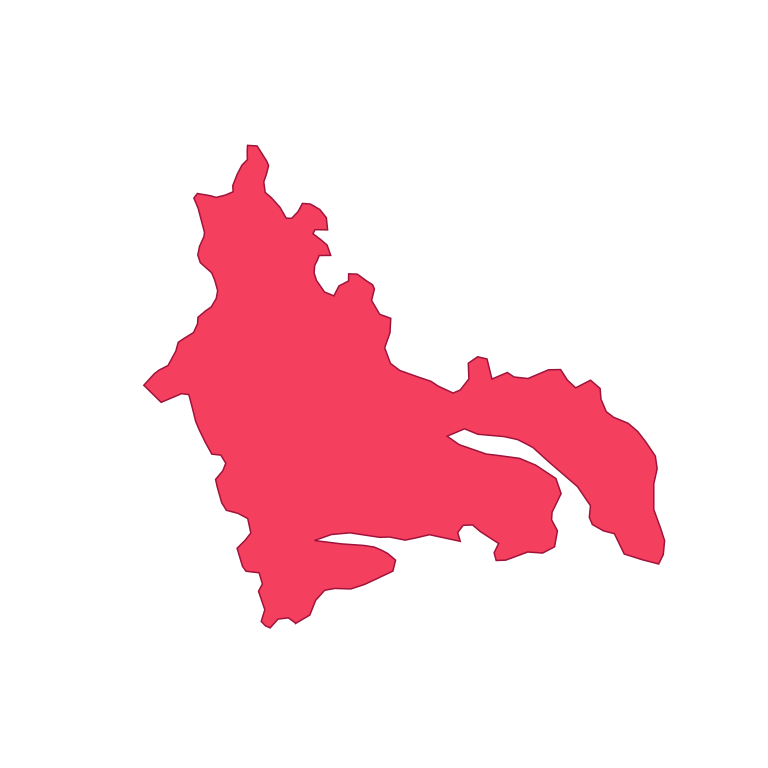 Haenam-gun, South Jeolla, South Korea (Natural Earth projection), rotated 157°
{"feature_id": "91817680B93885607227135", "entity_name": "Haenam-gun", "entity_type": "district", "adm_level": 2, "iso_a3": "KOR", "parent_name": "South Korea", "parent_adm1": "South Jeolla", "projection": "natural_earth1", "projection_center": [126.514, 34.528], "detail": "fine", "context": "isolated", "style": "filled", "palette": "rose", "viewbox_px": 768, "rotation_deg": 157, "n_neighbors": 0, "source": "geoboundaries", "source_scale": "gbopen_adm2", "svg_char_len": 2643}
<svg xmlns="http://www.w3.org/2000/svg" viewBox="0 0 768 768"><g transform="rotate(157 384 384)"><path d="M559.1,198.1L542.6,200.3L531.4,211.6L519.2,217.3L509.1,215.0L494.6,208.3L480.1,207.1L448.9,208.3L442.2,217.3L446.7,226.4L451.2,232.0L456.7,237.7L465.7,243.3L485.7,253.5L509.2,267.1L491.3,266.0L473.5,260.3L447.8,244.5L438.9,241.1L425.5,232.0L414.4,229.8L401.0,227.5L389.8,219.6L375.3,209.4L374.2,218.4L366.4,223.0L357.5,219.6L353.0,210.5L340.8,192.4L348.6,185.6L349.7,177.7L340.8,174.3L317.4,173.2L304.0,166.4L290.6,167.5L281.7,181.1L282.8,193.5L279.4,200.3L263.8,213.9L262.7,229.8L276.1,250.1L288.3,262.6L307.3,273.9L317.3,279.6L338.5,298.8L346.3,311.3L327.4,311.3L317.3,301.1L293.9,288.6L282.8,280.7L276.1,272.8L271.6,267.1L262.7,247.9L246.0,213.9L241.5,191.3L247.1,181.1L247.1,173.2L239.3,163.0L230.4,156.2L229.3,133.6L214.8,121.2L201.5,111.0L193.6,117.8L186.9,130.2L185.8,142.6L184.7,163.0L174.6,186.8L165.7,199.2L162.4,211.6L165.7,228.6L169.0,241.1L174.6,252.4L185.7,263.7L190.2,271.7L190.2,285.2L186.8,295.4L192.4,306.8L209.1,305.6L213.6,315.8L215.8,328.3L227.0,332.8L240.4,332.8L249.3,332.8L261.5,339.6L266.0,346.4L282.7,346.4L279.4,366.8L287.2,372.5L298.3,370.2L303.9,355.5L316.2,348.7L324.0,348.7L335.2,361.2L339.6,368.0L349.7,377.0L364.2,390.3L370.0,400.4L369.2,417.1L358.5,428.8L352.1,441.8L360.7,449.8L362.8,465.8L355.7,475.2L355.7,479.6L360.0,486.1L365.7,495.6L373.5,499.2L376.4,492.7L387.1,491.9L395.7,484.7L402.8,491.9L405.7,505.8L404.9,513.7L401.4,520.3L397.1,523.9L393.5,527.6L382.8,523.2L382.1,534.1L385.7,541.4L390.7,550.1L387.1,553.0L375.7,547.9L372.1,559.5L374.9,569.7L381.4,578.4L388.5,582.1L395.7,576.3L404.2,572.6L409.2,574.8L410.7,587.2L414.9,599.5L418.5,606.8L415.7,617.0L409.9,623.5L404.9,630.1L404.9,635.2L407.8,652.7L416.4,657.0L419.2,651.2L422.1,643.9L429.2,641.0L437.1,634.5L445.7,625.7L447.8,619.9L456.4,619.9L465.7,621.4L470.0,625.0L481.4,632.3L486.4,629.4L486.4,618.5L487.8,609.0L490.0,593.7L492.1,590.1L500.0,582.8L505.0,575.5L505.7,567.5L499.2,553.7L499.2,545.7L500.7,534.8L505.0,528.3L512.8,522.5L519.9,521.0L529.2,518.1L532.1,512.3L539.2,505.8L549.2,504.3L557.1,502.8L562.8,495.6L575.6,485.4L585.6,484.7L591.4,483.2L597.8,480.3L605.6,476.7L596.3,454.2L574.2,454.2L567.8,450.5L569.9,436.0L572.0,422.9L572.0,414.2L571.3,400.4L569.9,386.7L562.0,382.3L560.6,372.9L566.3,367.1L576.3,362.0L577.7,354.7L579.8,338.0L578.4,329.3L569.1,322.1L562.0,313.4L564.8,298.9L572.7,294.5L583.4,290.2L585.5,271.3L584.1,265.5L572.7,259.0L574.1,247.4L580.5,242.3L581.9,222.8L589.8,213.4L587.6,207.6L584.1,204.0L573.4,209.0L563.4,206.1L559.1,198.9L559.1,198.1Z" fill="#f43f5e" stroke="#9f1239" stroke-width="1.5"/></g></svg>